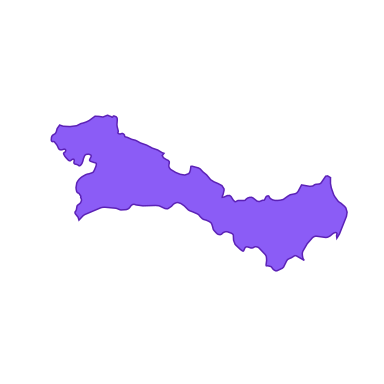 an SVG outline of Volta, rotated 298°
{"feature_id": "GHA-2173", "entity_name": "Volta", "entity_type": "Region", "adm_level": 1, "iso_a3": "GHA", "parent_name": "Ghana", "parent_adm1": "", "projection": "albers", "projection_center": [0.32, 7.267], "detail": "fine", "context": "isolated", "style": "filled", "palette": "violet", "viewbox_px": 384, "rotation_deg": 298, "n_neighbors": 0, "source": "natural_earth", "source_scale": "10m", "svg_char_len": 5552}
<svg xmlns="http://www.w3.org/2000/svg" viewBox="0 0 384 384"><g transform="rotate(298 192 192)"><path d="M212.1,129.9L212.1,130.3L212.1,136.3L213.0,142.0L212.7,147.1L213.0,149.1L210.2,148.6L208.9,150.6L208.6,153.7L208.7,156.4L208.1,157.7L206.8,158.4L205.2,158.8L203.9,159.4L202.9,160.4L202.3,161.5L201.9,162.7L201.6,168.4L202.1,173.3L203.6,177.7L206.7,180.5L208.5,180.7L210.5,180.3L214.1,179.0L214.8,179.9L216.3,186.4L216.2,188.5L214.9,192.2L214.0,196.8L211.6,202.7L211.3,206.6L211.7,211.1L211.7,215.4L209.8,218.8L208.5,219.5L204.4,220.6L202.9,220.7L201.5,221.2L202.6,222.7L205.4,224.8L206.6,226.9L206.3,228.6L204.3,232.1L203.6,234.2L203.9,235.1L204.9,235.7L206.1,236.6L208.9,241.9L209.6,242.8L211.3,243.2L213.0,244.1L214.4,245.5L215.3,247.1L215.4,248.7L214.5,253.7L215.1,255.8L216.4,257.0L217.7,258.0L218.6,259.6L219.5,259.7L222.3,259.6L223.2,259.8L224.4,261.0L224.4,261.9L223.7,262.8L223.1,264.1L223.0,264.7L222.9,266.8L223.5,269.2L224.7,271.5L226.3,273.9L228.3,276.1L233.2,278.5L235.7,280.0L238.9,283.9L240.2,284.9L242.2,285.4L249.7,285.4L252.3,293.4L253.8,295.6L254.6,296.2L255.4,296.5L256.1,296.9L256.9,297.7L258.2,299.7L259.2,301.0L260.6,301.7L268.7,302.6L269.9,304.2L269.7,307.6L269.0,307.9L264.5,310.3L261.1,313.0L256.1,318.4L255.0,320.1L252.6,325.0L252.1,326.9L252.0,328.9L250.9,333.6L250.1,335.4L247.0,338.4L243.0,339.8L224.1,341.9L219.2,341.6L221.3,340.1L223.3,339.6L223.6,339.2L223.8,338.6L223.7,337.9L223.4,337.5L223.0,337.1L222.7,336.8L221.9,336.2L220.4,335.5L218.3,334.7L216.9,333.8L215.8,333.0L214.7,331.6L211.2,322.1L210.3,321.1L209.4,320.4L208.1,319.8L200.4,318.0L192.3,317.7L191.6,317.7L190.6,317.9L189.6,318.2L187.9,319.2L186.1,320.6L185.4,321.3L185.1,321.7L184.3,323.2L184.6,314.1L184.4,313.3L184.0,312.6L180.6,310.6L178.5,308.9L177.2,308.1L175.5,307.9L168.7,308.1L167.0,307.5L162.3,304.0L161.7,303.0L161.6,301.3L162.0,299.5L162.7,298.2L163.2,297.0L162.9,295.2L162.3,293.3L161.7,292.3L162.2,291.7L166.6,290.0L168.3,289.0L169.9,287.9L170.2,287.5L170.5,287.2L171.0,286.3L171.2,285.9L174.1,277.2L174.2,276.4L174.1,275.5L173.7,274.1L173.3,273.4L172.9,273.0L171.6,272.2L170.9,271.5L170.4,270.6L170.2,270.2L170.1,269.6L169.7,267.3L169.4,266.3L169.2,265.9L168.8,265.5L168.4,265.3L167.9,265.1L167.4,265.0L164.5,265.2L164.0,265.1L163.7,264.7L163.7,263.5L164.0,261.6L165.6,255.8L166.1,254.6L166.3,254.2L166.7,253.9L167.0,253.5L167.3,253.2L167.6,252.8L168.9,251.4L169.3,251.1L173.2,248.8L173.5,248.5L173.8,248.1L174.0,247.3L174.1,246.2L173.5,242.0L173.1,241.0L172.6,240.2L171.9,239.5L171.2,238.9L170.2,238.4L168.7,237.9L168.3,237.6L167.9,237.3L167.6,237.0L167.2,236.1L166.9,235.0L166.9,234.0L167.2,232.8L168.1,230.2L168.6,229.0L169.1,228.2L170.9,226.6L171.2,226.3L172.6,224.9L173.5,223.7L173.7,223.2L173.9,222.2L174.0,220.6L173.8,217.8L173.3,215.5L173.2,215.0L173.2,214.2L173.4,213.1L174.0,211.1L174.7,209.4L175.0,209.0L175.2,207.2L174.8,201.9L174.4,198.8L174.4,198.2L174.5,197.0L176.1,191.8L176.5,188.8L176.6,187.5L176.1,184.5L175.7,183.9L175.2,183.2L173.9,182.1L173.2,181.7L172.5,181.3L169.8,180.6L166.2,178.7L165.7,178.3L165.4,177.7L164.9,176.5L164.7,175.6L164.4,169.7L164.3,169.2L163.1,166.3L156.7,155.1L154.3,148.6L154.2,147.4L153.8,146.4L153.3,145.6L152.1,144.9L151.4,144.6L149.2,144.3L148.1,144.0L147.2,143.6L146.3,142.9L145.5,142.1L143.1,138.2L142.8,137.7L142.5,136.7L142.1,133.1L141.8,132.1L137.6,122.1L136.5,120.3L135.3,118.9L121.6,107.8L119.7,106.9L114.1,105.4L116.2,103.3L118.1,99.0L118.8,98.4L119.4,98.1L120.5,98.3L121.2,98.3L122.1,98.2L125.5,97.1L126.2,97.1L126.7,97.2L129.0,98.3L129.5,98.5L130.3,98.6L131.2,98.6L132.9,98.3L133.7,97.7L134.3,97.1L134.7,96.4L135.3,96.1L136.1,95.8L136.4,95.4L136.6,94.9L137.6,93.1L137.7,92.6L137.7,92.0L137.6,91.4L137.8,90.8L138.2,90.0L139.7,88.7L140.7,88.0L141.5,87.5L145.9,86.0L147.9,86.0L150.3,86.4L152.4,87.1L153.9,87.8L157.4,90.0L158.8,91.3L159.7,92.5L161.8,94.5L163.0,95.4L164.1,95.5L165.8,95.5L169.8,95.1L171.4,94.6L172.3,94.1L172.4,93.5L172.4,93.0L172.3,92.5L172.1,92.1L171.5,88.1L171.5,87.5L171.8,86.8L172.3,86.5L172.9,86.4L176.0,86.3L176.6,86.0L177.0,85.6L177.1,85.1L177.1,84.5L177.0,83.3L176.8,82.8L175.7,81.2L175.4,80.9L175.0,80.6L174.5,80.4L173.9,80.2L173.3,80.2L170.4,80.5L168.2,81.1L165.9,81.4L165.4,81.4L164.3,81.3L163.2,81.0L162.8,80.8L162.4,80.5L162.2,80.2L162.1,79.7L162.3,78.6L162.3,78.0L162.1,76.9L161.8,75.9L161.7,75.3L161.9,74.5L162.3,74.1L162.9,73.7L163.6,73.6L164.6,73.2L165.1,72.8L165.4,72.3L165.3,71.8L165.0,71.4L164.7,71.0L162.8,70.1L162.4,69.9L162.2,69.5L162.0,68.9L162.0,68.4L162.1,67.8L162.2,67.3L163.3,64.2L164.0,62.7L165.1,61.1L165.6,60.6L166.2,60.4L166.7,60.6L167.6,61.1L168.1,61.2L168.8,61.2L169.6,60.9L170.0,60.4L170.1,59.8L170.0,59.3L169.7,58.9L169.4,58.5L168.3,57.5L167.8,56.7L167.6,56.3L167.4,55.8L167.3,55.2L167.4,54.5L167.8,53.7L169.8,51.1L170.6,49.5L171.3,47.8L171.7,47.0L171.7,46.5L171.5,46.0L171.3,45.6L170.9,45.1L170.9,44.6L171.1,44.0L171.5,43.6L171.8,43.3L174.2,42.3L175.2,42.1L175.7,42.1L176.3,42.2L176.8,42.3L179.1,43.7L179.6,43.8L180.2,43.9L180.8,43.9L181.4,43.9L184.5,43.2L185.1,43.2L188.9,43.7L189.0,43.7L189.6,47.4L192.5,53.6L196.4,59.1L200.3,61.8L202.0,63.7L204.4,65.9L206.9,67.7L213.4,70.8L215.1,74.4L216.4,78.2L220.1,81.3L220.3,82.3L220.3,83.5L220.6,84.9L220.5,85.9L220.5,86.4L220.9,86.7L222.1,86.9L222.5,87.3L222.8,89.7L222.1,91.2L220.5,92.2L216.2,94.1L214.6,95.2L211.3,98.2L210.5,98.6L209.7,98.6L209.2,99.0L209.1,100.3L209.5,101.4L210.3,102.1L211.0,102.9L211.1,104.3L210.6,105.6L209.8,106.2L209.3,106.9L209.9,109.3L210.2,114.0L211.1,117.7L211.2,119.6L211.1,123.3L212.1,129.9Z" fill="#8b5cf6" stroke="#5b21b6" stroke-width="1.5"/></g></svg>